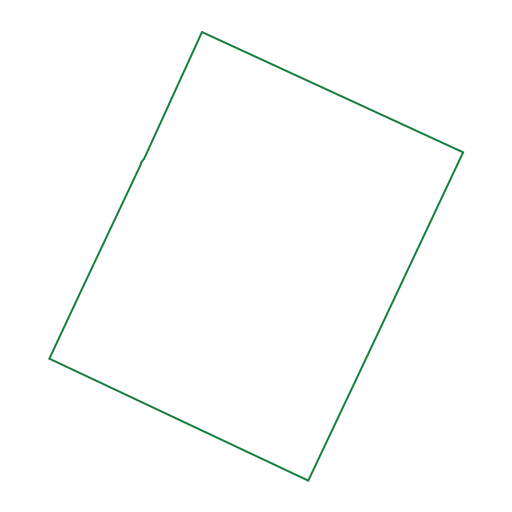 the district of Fayette, Iowa, United States of America, rotated 205°
{"feature_id": "52423323B37143192465063", "entity_name": "Fayette", "entity_type": "district", "adm_level": 2, "iso_a3": "USA", "parent_name": "United States of America", "parent_adm1": "Iowa", "projection": "albers", "projection_center": [-91.797, 42.862], "detail": "fine", "context": "isolated", "style": "outline", "palette": "green", "viewbox_px": 512, "rotation_deg": 205, "n_neighbors": 0, "source": "geoboundaries", "source_scale": "gbopen_adm2", "svg_char_len": 284}
<svg xmlns="http://www.w3.org/2000/svg" viewBox="0 0 512 512"><g transform="rotate(205 256 256)"><path d="M112.9,219.3L112.1,437.5L399.6,436.1L398.5,297.0L399.6,292.3L399.1,290.3L399.8,148.4L399.9,75.6L113.7,74.5L112.9,219.3Z" fill="none" stroke="#15803d" stroke-width="2"/></g></svg>